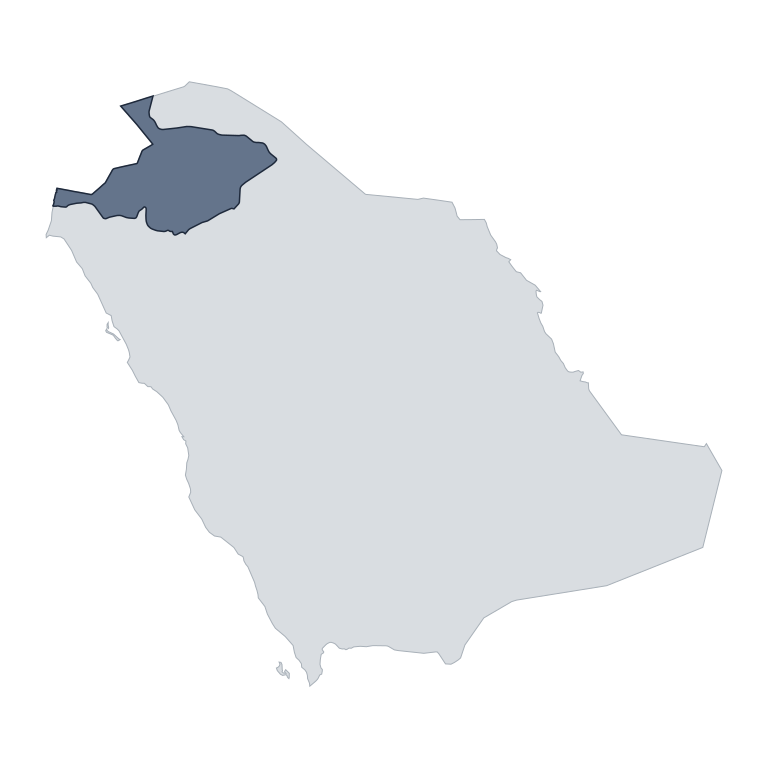 location of Al Jawf within Saudi Arabia
{"feature_id": "SAU-862", "entity_name": "Al Jawf", "entity_type": "Region", "adm_level": 1, "iso_a3": "SAU", "parent_name": "Saudi Arabia", "parent_adm1": "", "projection": "natural_earth1", "projection_center": [37.819, 29.945], "detail": "fine", "context": "in_parent", "style": "filled", "palette": "slate", "viewbox_px": 768, "rotation_deg": 0, "n_neighbors": 0, "source": "natural_earth", "source_scale": "10m", "svg_char_len": 6639}
<svg xmlns="http://www.w3.org/2000/svg" viewBox="0 0 768 768"><path d="M606.6,585.7L516.6,600.1L511.7,601.6L483.8,617.9L464.9,645.0L460.6,657.9L458.3,659.9L454.5,662.4L451.0,664.2L445.5,663.9L439.0,654.0L437.3,652.0L435.8,651.9L423.8,653.3L398.5,650.6L394.4,649.9L388.8,646.6L387.4,646.0L385.9,645.8L372.9,645.6L366.4,646.7L360.1,646.3L353.7,646.9L351.4,648.2L348.9,648.1L347.3,649.2L345.9,649.7L344.3,648.8L342.3,649.0L339.3,648.2L337.3,646.0L335.5,644.1L333.6,643.1L331.5,642.4L329.7,642.4L327.3,643.6L325.9,644.7L322.3,648.4L322.2,649.7L323.8,652.0L323.3,653.0L321.2,654.3L320.6,657.8L320.3,659.8L320.0,664.4L321.0,668.0L322.3,669.4L322.3,670.9L321.7,674.1L319.7,675.0L318.3,678.0L317.4,679.4L315.9,681.0L309.8,686.2L309.5,683.2L307.6,678.6L307.4,675.4L306.5,672.2L304.8,669.8L301.7,667.2L301.4,663.7L299.1,660.3L296.1,657.5L294.4,652.3L293.1,645.5L285.2,636.5L275.4,628.3L272.4,623.6L267.4,614.1L264.9,606.5L258.3,597.9L258.0,594.6L257.0,590.5L255.5,586.0L254.6,582.4L247.9,566.8L245.8,564.3L243.9,560.8L243.5,558.1L242.9,556.6L238.2,554.1L233.9,547.5L220.8,537.1L214.5,536.0L209.4,532.3L205.7,527.4L201.7,519.0L194.8,509.9L188.8,497.0L190.7,492.3L190.5,489.0L188.7,483.5L186.7,479.2L185.4,475.1L186.4,469.3L186.8,462.8L188.0,459.3L188.8,455.5L187.7,447.9L185.7,443.8L185.9,441.0L183.7,439.7L181.9,436.7L183.8,436.7L180.4,432.6L179.1,430.3L177.9,424.8L176.2,420.5L170.9,410.8L168.4,404.9L162.8,397.2L156.7,391.6L152.8,389.1L150.9,386.7L147.8,386.6L144.3,383.3L141.9,383.2L138.9,382.6L135.3,376.2L132.3,370.2L127.3,362.4L128.5,360.3L130.0,357.0L129.3,352.6L128.5,349.7L126.3,344.3L119.0,330.8L117.1,328.9L114.0,326.6L112.1,320.8L111.2,315.6L106.2,313.0L97.7,294.2L92.8,287.6L90.8,283.2L85.1,275.9L82.3,268.7L76.6,262.0L71.6,250.4L64.0,238.9L60.7,236.9L52.8,236.1L49.4,235.2L46.3,237.7L46.1,234.5L48.2,230.1L51.4,220.7L52.0,212.5L57.0,188.2L90.7,194.5L92.3,194.1L105.3,182.8L112.5,169.9L114.1,168.5L136.7,163.6L137.3,162.9L141.9,151.4L142.4,150.7L143.0,150.0L152.8,144.2L137.0,124.7L120.7,106.1L183.6,86.8L184.6,86.3L189.3,81.8L217.0,86.8L227.7,88.9L231.1,90.7L281.5,121.9L306.5,144.4L365.1,194.0L365.9,194.4L417.9,199.4L423.4,198.1L437.7,200.1L452.0,202.2L455.0,208.0L456.1,212.1L457.1,216.1L460.0,219.7L472.0,219.6L484.4,219.4L486.3,223.0L487.2,226.6L490.7,235.1L495.5,241.8L496.7,244.2L497.5,247.9L496.8,249.2L496.5,250.8L500.0,254.5L505.9,257.6L508.1,258.3L510.7,259.7L508.8,261.8L512.3,266.7L516.3,271.7L520.6,272.8L526.5,280.3L535.2,285.2L540.6,291.6L540.1,291.7L538.6,291.1L536.6,290.2L536.0,291.0L536.2,293.7L536.8,296.8L539.5,299.5L542.0,301.5L543.0,305.2L541.3,313.2L540.7,313.2L539.4,312.5L538.1,312.3L537.4,312.8L539.1,318.5L540.8,322.9L542.8,326.4L544.5,331.5L545.9,333.7L551.6,339.1L553.4,343.7L555.2,352.1L558.8,356.8L560.8,360.5L563.4,363.5L565.2,367.7L567.6,371.0L568.8,371.8L570.6,372.1L572.9,372.2L575.6,371.3L578.5,370.5L580.8,372.2L583.1,371.9L583.3,373.5L581.9,375.5L580.1,380.8L582.8,381.6L585.5,382.0L587.3,382.8L588.4,382.8L588.4,383.9L588.7,388.9L589.4,390.8L621.5,434.8L703.9,446.7L704.4,446.6L706.4,443.6L721.9,470.5L702.8,547.4L606.6,585.7ZM283.4,673.0L285.9,673.3L284.8,672.0L284.6,671.4L285.7,669.7L289.3,673.3L289.2,677.6L288.9,678.6L287.9,677.7L287.3,676.8L287.1,675.8L286.1,674.7L282.6,675.4L280.4,674.2L277.3,670.6L276.4,668.0L277.7,667.5L279.1,666.3L280.0,664.2L279.1,662.1L281.0,662.4L282.0,664.6L282.2,669.6L282.5,670.6L282.0,671.8L283.4,673.0ZM118.4,340.7L117.5,340.7L115.3,338.1L114.0,336.2L112.7,334.9L106.5,332.3L105.7,330.7L106.6,329.0L107.3,330.7L108.4,331.6L113.5,334.0L119.1,339.1L120.1,339.5L118.4,340.7ZM108.6,328.1L108.3,328.6L107.0,327.2L107.1,324.3L108.2,322.6L108.1,324.9L108.6,327.2L108.6,328.1Z" fill="#d9dde1" stroke="#a8b0b8" stroke-width="1"/><path d="M90.7,194.5L91.5,194.5L92.4,194.1L95.8,191.1L99.2,188.2L102.8,184.9L105.3,182.8L107.3,179.2L109.3,175.6L110.8,173.0L112.5,169.9L113.3,169.0L114.2,168.6L116.9,168.0L119.7,167.3L124.2,166.3L128.8,165.3L133.0,164.4L136.7,163.6L137.4,163.0L138.8,159.3L139.8,156.7L141.0,153.8L141.9,151.4L142.3,150.7L143.0,150.0L146.5,148.0L150.3,145.8L152.6,144.4L152.8,144.3L152.8,144.2L151.3,142.3L147.8,138.0L144.3,133.7L140.9,129.5L137.4,125.2L137.2,124.9L137.0,124.7L133.0,120.1L128.9,115.5L128.9,115.4L124.8,110.8L120.7,106.1L121.9,105.7L128.5,103.7L136.3,101.3L144.1,98.8L145.9,98.2L151.8,96.4L153.0,96.0L149.2,110.7L149.0,112.0L149.2,114.4L149.4,115.4L149.4,115.6L149.5,116.1L149.7,116.7L150.2,117.4L153.0,119.5L153.9,120.4L155.0,122.0L155.8,123.6L156.4,125.0L157.5,126.9L158.0,127.7L158.7,128.3L159.4,128.7L160.1,129.0L161.5,129.4L163.0,129.5L177.0,128.0L186.7,126.5L190.9,126.6L212.2,130.0L213.2,130.3L214.0,130.8L214.7,131.3L217.0,133.5L217.9,134.0L218.9,134.4L221.9,135.1L239.1,135.6L241.0,135.3L244.1,135.2L245.3,135.6L246.3,136.1L252.7,141.4L253.5,141.9L254.6,142.2L256.3,142.5L258.8,142.5L262.6,143.0L263.5,143.4L264.7,144.2L265.3,144.9L266.1,145.9L266.5,146.6L268.0,150.0L268.9,151.7L269.5,152.6L271.0,154.1L275.8,158.0L276.4,158.7L276.6,159.5L276.5,160.2L275.9,161.0L274.5,162.6L271.9,164.8L245.7,182.2L242.3,185.0L241.5,185.8L240.9,186.6L240.5,187.4L240.3,188.2L240.1,189.0L239.4,201.8L239.4,202.1L239.2,202.6L239.0,203.3L238.4,204.1L234.0,208.9L232.0,208.4L231.3,208.4L219.4,213.7L207.6,220.9L202.1,222.5L190.1,228.6L189.4,229.1L188.6,229.7L185.2,233.8L183.9,232.7L183.5,232.5L182.9,232.3L182.1,232.2L181.0,232.4L180.1,232.7L176.8,234.5L176.0,234.8L175.2,235.0L174.5,234.9L173.8,234.4L173.3,233.8L172.4,231.5L171.0,231.5L170.4,231.4L169.7,231.2L168.7,230.5L167.9,230.3L166.9,230.6L166.0,231.1L165.0,231.4L163.9,231.5L157.5,230.8L155.6,230.3L152.1,229.0L150.6,228.2L148.5,226.3L147.9,225.5L147.4,224.7L147.1,223.9L146.6,222.6L146.2,221.0L146.0,218.8L145.9,215.4L146.2,209.2L146.1,208.3L145.7,207.6L145.1,207.1L144.5,206.9L143.8,207.2L141.8,209.2L139.7,210.6L139.0,211.2L138.6,212.0L138.2,212.8L136.9,216.3L136.5,217.1L136.0,217.8L135.2,218.2L134.4,218.4L128.9,218.0L126.3,217.5L121.5,215.7L119.7,215.4L117.1,215.5L109.5,217.2L106.1,218.6L105.5,218.7L104.8,218.6L103.5,218.2L103.3,218.0L103.1,217.8L94.9,206.4L93.9,205.5L92.5,204.4L91.7,204.0L85.5,202.4L83.5,202.4L81.0,202.9L76.8,203.2L70.3,204.5L68.9,205.0L67.8,205.6L66.7,206.7L66.2,207.0L65.4,207.1L60.9,206.7L58.3,206.0L57.2,206.0L56.2,206.2L53.5,206.2L53.4,206.0L52.9,205.9L52.9,205.6L53.4,204.8L53.9,203.2L54.2,201.6L53.8,200.6L53.8,200.1L54.2,199.4L54.5,198.5L55.2,195.1L55.3,194.6L55.7,193.7L55.7,192.9L56.0,192.6L56.7,192.2L56.5,191.5L56.4,190.7L56.5,190.1L56.9,190.3L57.0,190.2L56.9,189.5L56.8,188.9L57.0,188.3L60.5,188.9L64.2,189.6L69.1,190.5L73.5,191.4L78.2,192.2L82.0,192.9L83.8,193.2L87.4,193.9L90.7,194.5Z" fill="#64748b" stroke="#1e293b" stroke-width="1.5"/></svg>